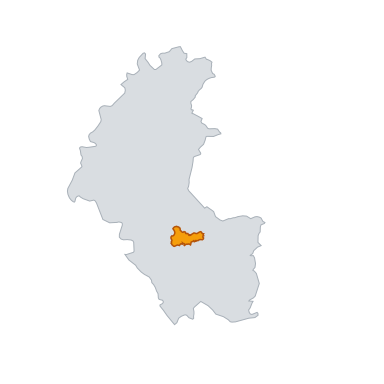 location of Dalaba, Dalaba, Guinea, rotated 228°
{"feature_id": "49546643B54901917722686", "entity_name": "Dalaba", "entity_type": "district", "adm_level": 2, "iso_a3": "GIN", "parent_name": "Guinea", "parent_adm1": "Dalaba", "projection": "orthographic", "projection_center": [-12.176, 10.89], "detail": "fine", "context": "in_parent", "style": "filled", "palette": "amber", "viewbox_px": 384, "rotation_deg": 228, "n_neighbors": 0, "source": "geoboundaries", "source_scale": "gbopen_adm2", "svg_char_len": 5830}
<svg xmlns="http://www.w3.org/2000/svg" viewBox="0 0 384 384"><g transform="rotate(228 192 192)"><path d="M231.7,246.7L228.9,246.3L227.6,246.9L223.8,251.4L221.6,253.1L218.1,252.6L216.8,252.9L215.9,252.4L217.1,250.0L218.9,245.1L223.5,240.2L223.6,239.2L221.7,236.4L219.7,232.5L219.7,228.3L219.3,225.3L215.2,224.5L214.5,224.0L214.4,223.0L216.6,217.8L216.8,216.8L216.5,215.8L214.0,213.2L210.1,208.3L203.3,198.2L200.8,196.1L198.4,193.1L197.5,191.1L195.0,190.4L171.5,190.6L171.1,193.2L163.0,195.0L158.0,193.0L152.5,194.1L149.8,195.5L147.7,201.4L146.5,202.6L145.3,205.3L144.2,206.7L143.0,209.6L140.4,213.7L137.6,216.4L132.9,217.8L131.4,222.2L130.3,223.8L128.5,225.1L126.5,225.9L122.7,225.0L120.5,225.8L120.2,224.7L121.4,221.3L120.4,219.5L116.7,215.9L116.4,214.1L115.3,211.9L110.4,207.3L105.9,207.5L107.2,203.7L107.1,198.6L105.6,195.8L106.0,192.9L105.2,193.1L103.7,195.0L101.2,194.4L96.3,191.3L93.8,188.3L93.5,185.8L93.0,184.8L91.5,185.4L88.4,185.3L79.0,180.8L72.4,169.4L72.2,166.9L73.2,162.5L73.0,161.3L69.9,164.2L69.3,162.3L67.0,157.7L66.4,155.1L64.1,153.9L62.3,153.7L60.9,154.6L59.0,159.8L57.7,159.8L56.2,158.6L56.6,154.7L60.2,149.8L66.4,137.4L68.6,134.6L70.0,133.6L72.8,133.5L78.4,131.9L85.3,128.0L90.5,128.4L96.7,127.9L104.8,125.3L104.9,116.9L104.6,115.1L101.8,113.4L100.1,111.9L98.7,110.1L97.0,108.7L97.0,107.4L100.6,105.6L103.9,105.6L105.0,105.0L105.8,103.8L106.8,100.8L107.1,97.6L105.0,93.3L105.1,90.3L116.9,90.8L123.4,91.6L128.7,91.9L129.5,92.6L128.8,95.5L129.4,97.2L131.2,97.7L134.2,95.7L135.8,96.1L139.1,98.7L142.1,99.4L145.5,100.8L148.7,101.5L151.5,101.5L153.6,102.9L157.5,103.3L162.6,101.5L166.6,100.7L172.2,100.5L175.2,101.1L183.7,99.6L190.5,100.4L189.4,101.4L186.4,108.1L186.7,109.3L193.6,115.0L195.2,115.4L197.1,114.6L200.0,112.0L202.3,109.1L204.5,107.8L207.1,107.8L209.2,109.8L214.1,118.2L215.4,119.2L216.5,119.2L218.7,117.6L219.7,115.8L224.2,110.2L231.2,107.4L247.8,113.7L250.3,114.1L251.7,113.6L253.7,109.9L259.9,106.6L262.9,105.7L264.6,105.6L265.3,104.5L265.6,103.0L265.2,101.4L263.3,98.6L263.2,97.8L264.3,97.2L266.6,96.8L269.7,97.0L273.2,98.2L276.0,100.0L277.7,102.1L280.9,110.9L284.5,117.8L284.4,127.1L286.0,128.0L287.7,128.4L288.5,129.2L290.2,133.0L291.9,134.1L293.8,134.3L297.4,136.7L299.7,137.7L300.1,138.4L300.0,139.4L299.1,140.7L295.7,143.3L294.0,145.6L290.5,150.9L290.4,151.9L291.2,152.6L292.6,152.7L294.2,152.3L297.4,150.3L300.0,151.0L302.5,152.4L303.4,153.9L303.7,155.9L303.1,158.5L303.1,161.4L304.0,166.4L305.3,171.3L306.6,173.0L314.9,177.3L315.7,178.9L316.1,180.7L315.6,183.2L314.8,184.6L310.3,188.5L309.6,190.4L310.0,193.8L310.5,208.2L312.3,210.6L314.4,211.8L319.4,211.1L319.3,215.1L318.7,219.6L321.6,220.9L323.1,222.2L323.9,223.5L319.4,226.0L318.0,227.4L317.5,231.1L317.7,234.6L323.8,237.0L326.2,239.8L327.3,242.8L327.8,248.5L327.2,249.8L325.6,249.8L322.5,246.4L317.7,246.1L314.2,245.5L308.2,246.0L307.2,247.1L306.6,254.6L308.1,255.9L310.9,257.3L312.8,257.9L314.3,257.7L315.5,258.6L315.8,261.1L315.0,262.9L313.4,264.6L311.5,269.0L312.0,273.0L308.7,279.4L307.8,280.6L303.3,279.4L300.4,279.0L298.3,280.7L295.4,278.2L294.9,276.3L293.8,275.9L291.9,275.9L290.1,277.0L289.3,279.1L289.0,283.1L285.8,287.1L283.5,291.9L280.9,291.5L280.3,292.1L277.5,293.3L275.1,293.7L274.4,292.4L273.0,291.4L271.4,289.4L269.7,287.7L266.2,286.6L264.9,287.2L263.3,287.0L262.2,286.4L262.4,285.4L264.1,282.9L265.1,280.5L265.7,278.0L265.7,275.6L264.7,272.2L263.1,269.6L262.8,268.0L262.9,265.8L262.6,263.7L262.0,262.7L261.3,258.7L260.4,258.0L259.9,254.9L260.0,251.7L258.7,250.5L256.6,249.6L255.4,248.4L254.6,247.0L253.8,246.6L253.2,246.7L252.6,247.5L251.9,247.7L250.7,244.7L250.2,244.6L249.4,245.3L239.8,248.7L238.5,245.9L236.7,245.4L233.6,246.6L231.7,246.7Z" fill="#d9dde1" stroke="#a8b0b8" stroke-width="1"/><path d="M167.8,142.1L167.0,142.2L166.3,141.8L165.9,141.9L165.5,142.0L164.6,142.0L163.8,142.2L163.3,142.7L163.0,143.8L162.7,144.8L162.3,145.8L161.9,146.0L161.2,146.5L160.6,146.9L160.7,147.2L160.9,147.8L161.1,148.7L160.9,149.2L160.4,149.6L160.4,149.9L160.0,149.6L159.7,149.8L159.7,150.1L159.9,150.6L160.4,150.9L159.5,151.0L159.4,151.2L159.2,151.3L159.1,151.5L158.9,151.6L158.5,151.7L158.2,151.6L158.1,151.3L158.1,151.0L158.0,150.9L157.9,150.6L157.7,150.5L157.3,150.5L157.2,150.9L157.3,151.4L157.2,151.7L157.2,152.0L157.0,152.7L156.8,153.2L156.4,153.4L156.3,153.6L156.1,154.0L155.4,154.8L155.4,155.0L155.1,155.1L154.4,155.3L153.7,155.5L154.1,156.2L154.6,156.9L155.3,157.7L155.2,158.4L154.7,159.5L154.7,160.7L154.1,160.8L153.5,160.5L153.3,161.2L152.7,162.1L152.7,162.4L153.2,162.5L151.8,163.9L151.9,164.5L151.7,165.1L151.5,165.5L151.4,166.0L151.0,166.5L150.5,166.8L150.1,167.0L150.0,166.9L150.1,167.2L149.6,167.7L149.5,168.9L149.6,169.2L149.8,169.4L149.9,169.6L150.2,169.9L150.4,169.9L151.1,169.8L151.4,170.0L151.9,170.6L151.6,171.4L151.9,171.6L152.5,171.6L152.8,172.0L153.1,172.0L153.5,172.2L153.5,172.4L153.7,172.2L154.5,171.8L155.0,172.0L155.8,172.1L156.6,172.0L157.0,171.5L157.4,170.1L157.6,169.1L157.6,168.6L157.8,167.9L158.7,167.0L159.6,166.6L160.3,166.0L160.6,164.4L160.8,163.5L160.8,162.0L161.1,161.4L161.3,161.3L161.7,160.9L161.9,161.5L162.0,161.4L163.1,161.0L164.0,161.1L164.4,160.4L165.0,159.9L165.4,159.6L165.7,159.7L166.2,160.2L166.8,160.2L167.7,159.5L167.9,159.5L167.9,159.2L168.0,158.7L168.1,158.4L168.4,158.0L169.2,157.8L169.5,157.8L170.3,157.7L170.7,157.8L171.6,157.7L172.2,158.3L173.2,158.9L173.7,158.6L174.3,158.7L174.9,158.7L175.4,158.3L176.1,157.8L176.7,157.7L176.9,157.1L177.1,156.9L177.4,156.5L177.7,155.8L177.8,154.8L177.6,153.4L177.3,153.2L176.8,153.2L176.2,153.1L175.4,153.0L174.4,152.7L173.2,152.0L173.1,151.9L172.5,151.0L172.3,150.4L172.1,149.8L172.0,149.2L172.2,148.5L172.7,147.6L172.9,147.5L172.8,147.1L172.6,146.3L172.0,145.7L171.4,145.3L169.8,144.9L169.6,144.8L169.2,144.3L169.0,143.8L168.9,143.4L168.3,143.2L168.1,142.5L167.8,142.1Z" fill="#f59e0b" stroke="#b45309" stroke-width="1.5"/></g></svg>